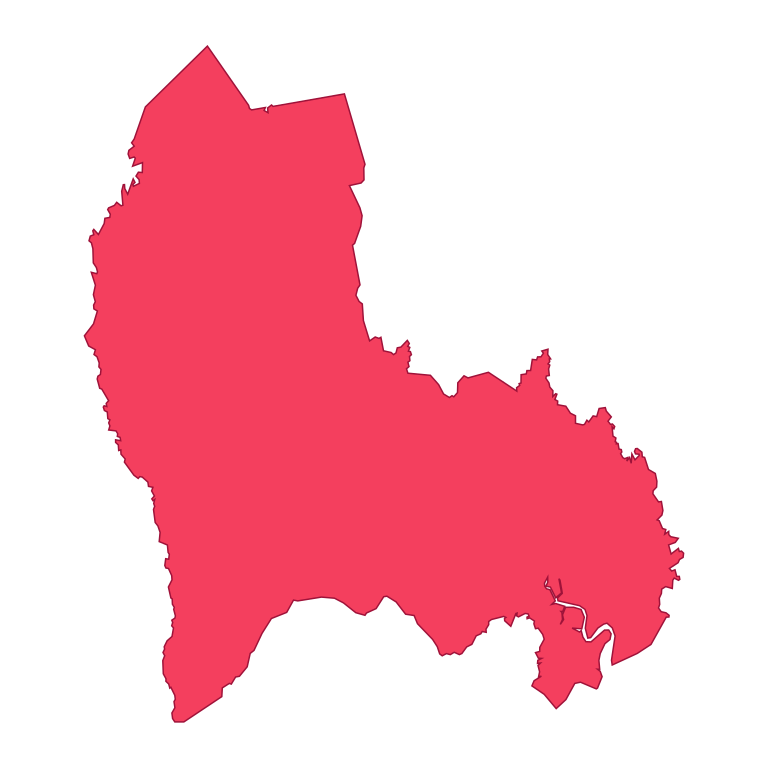 Capira, Panama (Equal Earth projection)
{"feature_id": "35544464B53871457264549", "entity_name": "Capira", "entity_type": "district", "adm_level": 2, "iso_a3": "PAN", "parent_name": "Panama", "parent_adm1": "", "projection": "equal_earth", "projection_center": [-79.949, 8.817], "detail": "fine", "context": "isolated", "style": "filled", "palette": "rose", "viewbox_px": 768, "rotation_deg": 0, "n_neighbors": 0, "source": "geoboundaries", "source_scale": "gbopen_adm2", "svg_char_len": 6100}
<svg xmlns="http://www.w3.org/2000/svg" viewBox="0 0 768 768"><path d="M183.9,721.9L221.8,696.6L222.3,687.9L229.3,683.4L231.3,684.1L235.6,677.0L239.4,676.3L247.2,666.8L250.2,653.4L254.0,650.4L262.0,633.4L271.4,618.5L286.7,612.4L293.5,600.1L297.8,600.9L321.4,597.1L334.5,598.2L343.5,602.9L355.8,612.7L365.0,615.3L366.5,613.0L376.1,608.6L383.7,596.7L386.9,596.2L396.1,601.9L405.6,614.2L414.1,615.5L417.5,623.7L432.6,639.4L437.3,646.7L439.7,653.9L442.2,655.8L446.4,653.6L450.3,654.6L454.2,652.3L459.4,654.6L461.9,653.5L466.7,646.9L471.9,644.3L476.2,635.8L480.8,633.8L482.2,631.5L486.2,632.3L486.0,629.1L488.7,624.7L488.7,621.5L491.5,619.5L503.7,616.4L505.9,617.4L504.5,618.5L504.7,620.8L510.8,626.3L515.9,613.5L517.1,613.1L516.6,615.8L518.4,616.9L525.1,613.5L528.0,613.8L529.1,616.2L527.0,617.1L527.1,618.7L529.6,617.9L534.4,621.0L533.9,623.8L535.5,628.7L538.2,628.2L542.7,634.4L544.2,639.2L539.8,647.3L539.7,651.4L535.5,652.6L538.4,658.2L541.6,658.4L537.8,660.3L537.5,663.4L540.5,663.0L538.0,665.5L539.6,671.8L538.6,676.7L541.4,676.2L534.1,680.7L531.9,685.9L544.2,694.3L556.2,708.6L565.9,699.6L574.8,683.4L580.5,682.2L596.3,688.9L597.5,688.1L602.1,676.7L600.2,671.3L597.5,669.2L599.7,669.3L598.9,660.4L600.2,653.6L604.9,643.7L610.0,639.5L611.1,633.8L608.7,630.0L604.5,630.1L591.0,641.9L585.9,641.7L582.9,637.1L581.2,630.6L579.5,632.0L572.1,628.1L581.8,628.8L584.3,617.2L581.1,609.5L573.7,607.3L565.6,607.3L562.5,614.9L563.6,619.6L560.3,624.4L562.5,619.4L561.9,612.5L560.9,611.4L562.8,611.4L564.7,606.3L555.6,603.5L551.7,604.4L555.3,600.9L549.9,589.7L546.5,588.8L544.7,586.2L544.5,583.1L547.7,577.1L547.8,582.1L546.0,586.2L550.4,587.1L555.7,597.8L561.5,592.9L558.9,578.7L560.0,580.2L562.3,593.3L557.5,598.0L558.0,600.8L579.6,605.7L585.0,609.4L587.0,615.7L585.3,628.3L587.8,638.1L590.7,637.6L597.9,628.0L603.7,624.1L607.0,623.2L612.3,627.9L615.1,636.0L611.5,660.2L612.2,665.0L637.3,653.4L651.0,644.4L666.2,617.2L668.9,617.0L669.1,615.3L666.0,612.8L661.2,611.7L658.5,608.0L659.7,604.4L659.3,598.1L661.4,593.5L661.7,589.1L665.7,586.6L672.3,588.5L672.8,580.2L674.2,578.1L678.5,580.3L679.8,579.4L679.3,576.4L676.7,576.4L675.0,569.8L671.7,571.0L669.4,568.4L678.1,562.7L679.5,559.5L683.1,557.4L683.6,553.2L681.5,551.1L679.3,551.5L678.4,548.4L671.1,554.0L668.6,544.9L675.3,542.4L678.3,538.3L670.7,536.7L668.8,534.6L668.7,531.4L664.7,534.2L665.8,529.5L662.5,528.5L659.2,520.7L657.1,519.9L661.9,515.1L662.9,510.5L661.4,501.5L658.5,501.9L652.9,493.8L653.2,490.7L656.6,487.1L656.9,481.2L655.3,473.5L648.5,469.5L644.6,457.4L642.3,456.8L641.9,452.2L637.3,448.5L635.6,448.7L634.5,451.4L635.5,453.9L639.1,454.2L639.2,455.5L635.0,459.8L631.9,454.0L631.2,463.3L629.6,457.5L626.8,461.1L627.7,457.5L624.6,458.7L622.8,457.6L620.6,453.7L621.8,452.0L621.3,449.6L619.0,449.0L618.1,443.6L616.3,443.8L616.6,442.4L615.2,441.7L615.9,438.0L613.0,436.1L612.1,426.9L613.9,428.8L614.7,426.5L612.4,424.0L610.5,424.4L608.0,421.2L611.3,416.9L606.3,411.1L605.3,407.6L599.1,408.5L596.7,416.6L593.1,415.9L588.8,421.9L586.9,420.2L584.5,424.4L582.7,424.9L575.5,423.3L575.5,415.8L570.4,413.2L565.8,406.2L557.5,404.7L557.7,401.1L554.9,399.5L556.9,394.2L555.7,393.7L552.8,396.5L552.9,390.7L549.8,387.1L549.0,383.0L545.8,378.2L546.4,376.0L549.3,375.5L548.6,368.9L549.8,365.1L548.0,363.9L549.7,361.7L549.3,359.0L550.6,358.9L547.7,354.5L548.0,349.2L541.8,351.0L543.4,353.2L541.0,356.8L537.6,356.9L536.6,359.9L532.3,359.4L530.6,370.5L526.9,370.6L526.3,373.9L521.1,374.7L521.0,383.0L519.1,383.6L519.7,385.4L516.6,387.7L516.8,391.1L488.4,372.3L468.0,377.9L464.0,375.8L457.8,382.8L457.5,392.6L453.8,396.8L452.0,395.7L449.4,397.5L443.6,394.0L438.6,384.6L430.4,375.3L407.9,373.2L406.5,368.8L409.0,366.6L407.9,362.2L409.9,360.7L409.5,356.5L411.4,354.7L410.4,351.6L408.4,351.2L409.8,347.4L407.7,346.4L409.3,343.5L407.3,340.4L400.9,347.1L397.3,347.8L396.0,352.9L393.6,354.6L391.1,352.5L383.5,350.8L380.9,337.3L379.0,338.4L375.2,337.0L369.6,340.9L363.4,320.6L362.3,303.9L359.1,301.5L355.9,295.3L357.7,288.2L360.0,284.9L352.5,245.2L354.6,243.4L360.7,226.3L362.1,215.7L359.9,207.8L349.4,185.6L361.1,183.0L364.0,179.9L363.8,167.9L365.0,164.3L344.4,93.9L273.0,106.4L271.5,105.0L267.6,108.0L268.0,112.7L264.1,110.5L265.4,107.5L251.6,109.9L249.5,108.5L248.6,105.3L207.4,46.1L145.4,106.9L134.2,139.0L131.6,142.8L134.2,146.2L128.9,150.3L128.1,154.0L129.7,158.4L134.1,157.0L135.3,158.2L132.6,166.2L142.5,162.6L142.3,172.5L138.4,172.2L136.0,176.1L139.1,179.6L139.4,183.4L133.4,186.3L132.9,184.6L135.0,182.4L133.2,178.9L127.7,194.2L124.8,188.6L124.5,184.6L123.3,184.7L121.7,191.2L122.9,205.2L121.1,205.8L116.7,202.3L114.4,205.4L108.6,207.9L107.7,209.6L110.3,214.2L109.8,217.4L104.9,218.3L104.2,223.5L98.4,234.5L93.8,229.4L92.8,230.8L93.8,234.7L90.3,236.1L89.0,240.8L91.4,242.8L92.9,248.7L93.3,262.9L96.4,267.6L97.5,271.9L96.8,273.7L91.3,272.3L95.4,285.2L93.4,294.7L95.3,301.7L93.6,305.1L93.9,308.9L97.4,311.0L93.5,323.9L84.4,335.8L88.7,346.0L95.4,349.7L94.0,354.5L97.0,356.7L99.2,362.9L98.9,366.9L101.0,369.4L100.4,374.5L97.9,376.2L97.2,379.0L99.7,388.3L101.8,389.1L108.6,400.7L106.2,403.4L106.8,406.5L104.1,405.8L103.3,407.1L104.4,410.5L107.3,412.0L107.8,418.6L109.9,419.8L108.7,422.9L109.9,425.9L108.7,430.0L116.0,430.9L117.7,433.7L117.3,436.4L120.1,437.4L120.7,440.7L115.6,439.8L115.6,442.4L118.3,444.9L118.7,450.5L120.8,449.9L121.0,454.2L125.2,459.0L124.4,462.1L133.9,475.2L138.2,478.4L139.8,476.6L142.3,477.1L147.9,482.1L148.5,486.4L152.9,487.3L151.6,490.9L154.4,496.0L151.8,498.9L153.0,500.7L154.7,499.5L153.7,503.5L154.7,506.3L153.5,509.4L155.2,522.5L157.9,525.9L160.1,532.4L159.2,541.6L167.4,545.0L168.1,552.4L169.3,554.2L168.7,559.2L165.7,558.7L164.8,565.5L165.9,568.0L168.5,568.5L171.7,575.6L172.0,579.8L168.4,587.0L170.9,598.0L172.2,598.9L172.4,604.2L174.3,607.4L173.7,609.3L175.4,615.9L174.9,618.1L171.8,620.2L172.7,622.5L171.7,625.8L173.5,627.9L172.0,636.5L167.1,640.8L164.2,646.8L164.6,649.1L163.0,652.5L164.7,655.7L162.8,660.6L163.3,673.8L166.0,678.8L165.9,681.3L168.7,684.0L169.8,688.1L170.9,687.3L174.8,695.3L175.3,699.3L174.0,701.6L174.9,707.7L171.9,713.0L172.6,718.6L174.8,721.9L183.9,721.9Z" fill="#f43f5e" stroke="#9f1239" stroke-width="1.5"/></svg>